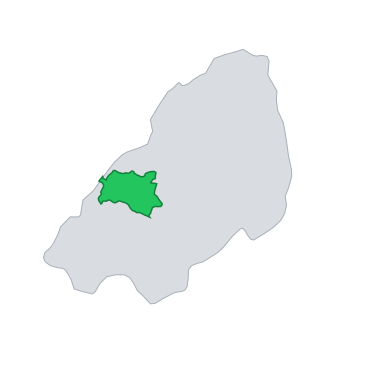 Shemgang on a map of Bhutan (Robinson projection), rotated 132°
{"feature_id": "BTN-2485", "entity_name": "Shemgang", "entity_type": "District", "adm_level": 1, "iso_a3": "BTN", "parent_name": "Bhutan", "parent_adm1": "", "projection": "robinson", "projection_center": [90.837, 27.078], "detail": "fine", "context": "in_parent", "style": "filled", "palette": "green", "viewbox_px": 384, "rotation_deg": 132, "n_neighbors": 0, "source": "natural_earth", "source_scale": "10m", "svg_char_len": 3335}
<svg xmlns="http://www.w3.org/2000/svg" viewBox="0 0 384 384"><g transform="rotate(132 192 192)"><path d="M302.0,165.2L301.5,167.6L299.0,174.0L297.3,180.9L298.7,186.6L304.5,193.3L312.1,198.7L321.9,199.2L330.9,197.1L334.5,197.9L339.4,207.0L342.9,214.8L338.2,222.8L335.6,229.9L334.7,234.9L335.3,237.1L338.2,241.2L341.6,248.1L342.1,254.5L339.9,258.7L335.3,260.8L330.4,260.2L326.3,260.2L321.2,261.0L313.2,263.3L305.8,266.4L291.9,265.8L286.3,259.5L283.7,259.5L271.0,267.6L257.3,266.2L232.1,268.9L221.6,269.6L210.9,268.7L205.4,266.9L195.3,261.2L186.1,257.0L176.8,260.9L173.5,261.6L166.0,271.4L149.7,274.6L133.5,277.0L128.7,275.7L119.6,275.1L119.3,272.8L119.5,270.6L117.5,268.8L113.8,267.0L107.4,266.2L99.3,263.8L94.6,261.4L77.9,264.9L68.3,259.7L57.3,252.6L51.8,249.5L49.8,238.5L47.9,235.0L43.5,231.3L41.1,226.9L43.1,222.4L54.1,214.1L55.0,212.1L60.1,196.5L67.2,190.8L74.1,182.9L79.4,170.4L89.6,157.5L100.7,144.3L108.4,133.6L113.4,128.5L123.9,123.2L132.6,120.0L138.7,112.8L146.0,108.8L153.5,107.0L164.6,108.0L175.0,110.6L186.5,114.1L187.8,117.0L186.8,122.1L185.2,127.3L185.1,130.0L186.9,131.4L198.1,132.4L211.8,131.6L219.5,132.3L236.7,137.1L241.7,140.5L247.0,143.0L252.1,142.6L258.6,137.1L265.4,132.4L269.7,131.6L272.7,133.1L278.2,137.6L289.5,141.8L299.6,145.0L302.9,148.0L301.8,160.9L302.0,165.2Z" fill="#d9dde1" stroke="#a8b0b8" stroke-width="1"/><path d="M246.3,268.2L245.8,268.5L240.1,268.8L240.3,268.4L240.9,268.2L241.1,268.1L241.4,267.9L240.5,263.7L238.9,264.4L238.6,264.6L238.3,264.7L235.0,265.0L234.5,264.9L233.7,264.7L230.3,264.4L228.8,264.8L228.3,264.5L227.8,263.9L227.2,262.5L226.9,260.3L226.7,259.8L225.7,257.9L225.5,257.2L224.9,256.0L224.0,255.4L223.5,254.8L223.2,254.5L222.6,254.4L222.2,254.2L221.7,253.5L220.9,252.2L220.3,251.6L219.8,251.3L217.1,250.9L216.3,250.4L215.9,248.8L216.4,247.9L216.6,247.1L216.5,246.6L216.3,245.7L216.2,245.1L216.2,244.0L216.0,243.4L215.4,242.8L215.2,241.9L215.1,240.7L214.7,240.1L213.9,239.1L211.8,237.9L211.0,238.2L210.3,238.7L209.8,238.8L209.3,238.8L208.8,238.7L207.5,238.1L205.2,236.8L203.7,235.6L202.1,233.9L201.6,232.2L202.5,231.1L204.0,230.5L204.7,230.0L205.9,228.8L206.5,228.4L207.0,228.3L207.4,228.6L207.8,229.0L208.2,229.3L208.8,229.4L212.1,229.2L212.6,229.0L212.8,228.8L212.7,228.5L210.1,224.9L209.5,223.7L216.1,220.5L218.7,218.6L218.9,218.1L218.9,217.7L218.8,217.2L218.8,216.9L218.8,216.6L218.8,216.2L218.6,215.5L218.8,214.3L219.6,212.1L220.3,208.6L220.7,206.3L221.2,206.0L221.8,205.6L222.4,205.6L222.9,205.5L223.3,205.6L223.9,205.7L224.2,206.1L225.0,206.9L225.8,207.6L226.0,207.9L226.2,208.4L227.2,209.6L230.1,211.0L232.9,209.7L234.0,209.5L235.1,208.6L237.2,208.5L237.9,208.2L238.4,207.8L238.7,207.5L239.0,206.5L240.1,210.1L240.8,211.8L241.7,215.3L242.5,217.6L242.9,217.8L244.2,219.1L244.4,219.7L244.5,220.1L244.6,221.9L245.5,223.2L245.6,224.9L245.4,226.6L245.3,227.2L244.7,228.8L244.1,230.7L244.3,233.5L247.3,240.3L250.7,241.4L251.1,241.7L252.2,242.8L253.0,247.6L253.5,248.2L254.3,248.9L255.0,249.0L255.7,249.3L256.6,250.0L257.3,251.0L258.0,251.7L258.7,252.1L259.2,252.1L260.2,251.4L261.8,251.6L260.8,255.4L259.8,257.0L258.3,257.7L254.0,257.9L253.2,259.8L252.9,259.8L252.6,259.7L252.4,259.7L251.2,260.4L247.3,261.3L246.8,261.7L246.1,262.2L245.7,263.0L245.5,263.6L245.3,264.3L245.2,264.7L245.2,265.1L246.3,268.2L246.3,268.2Z" fill="#22c55e" stroke="#15803d" stroke-width="1.5"/></g></svg>